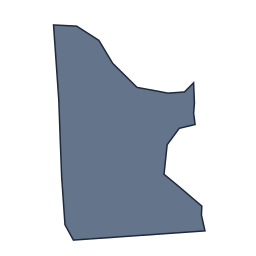 the Municipality of Karpoš, rotated 356°
{"feature_id": "MKD-2935", "entity_name": "Karpoš", "entity_type": "Municipality", "adm_level": 1, "iso_a3": "MKD", "parent_name": "North Macedonia", "parent_adm1": "", "projection": "equal_earth", "projection_center": [21.397, 41.987], "detail": "fine", "context": "isolated", "style": "filled", "palette": "slate", "viewbox_px": 256, "rotation_deg": 356, "n_neighbors": 0, "source": "natural_earth", "source_scale": "10m", "svg_char_len": 511}
<svg xmlns="http://www.w3.org/2000/svg" viewBox="0 0 256 256"><g transform="rotate(356 128 128)"><path d="M65.7,236.0L62.1,228.2L58.4,220.1L58.4,172.2L59.6,134.2L60.9,95.5L60.9,38.0L60.9,20.0L83.9,22.8L105.1,38.6L117.2,62.4L139.8,88.1L170.3,96.0L186.8,96.0L196.6,87.5L196.0,107.9L194.5,117.8L195.2,129.2L179.1,131.9L165.9,147.4L160.7,176.7L175.2,190.5L196.2,211.1L195.2,219.8L195.2,220.1L197.6,236.0L190.3,236.0L153.7,236.0L112.1,236.0L65.7,236.0Z" fill="#64748b" stroke="#1e293b" stroke-width="1.5"/></g></svg>